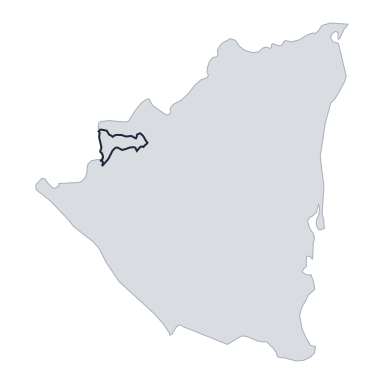 where Madriz sits in Nicaragua
{"feature_id": "NIC-665", "entity_name": "Madriz", "entity_type": "Department", "adm_level": 1, "iso_a3": "NIC", "parent_name": "Nicaragua", "parent_adm1": "", "projection": "robinson", "projection_center": [-86.499, 13.43], "detail": "fine", "context": "in_parent", "style": "outline", "palette": "slate", "viewbox_px": 384, "rotation_deg": 0, "n_neighbors": 0, "source": "natural_earth", "source_scale": "10m", "svg_char_len": 3289}
<svg xmlns="http://www.w3.org/2000/svg" viewBox="0 0 384 384"><path d="M348.1,24.2L346.2,27.1L344.1,29.0L339.7,38.5L338.2,39.3L337.9,32.3L335.2,31.4L332.2,33.9L330.5,37.5L333.2,42.2L335.5,42.2L338.4,43.5L346.2,75.9L344.6,81.6L339.8,90.6L335.3,98.3L330.8,103.0L325.2,123.4L320.2,156.5L323.9,186.3L322.1,213.8L323.8,220.3L324.3,228.4L320.5,229.8L318.4,229.6L316.2,224.6L316.4,220.2L318.7,215.1L319.6,208.2L318.5,204.5L316.3,212.5L312.4,216.0L309.9,217.2L307.4,221.2L310.0,228.8L313.5,234.3L314.6,238.2L313.3,242.9L312.6,259.0L311.4,258.6L310.2,256.4L306.6,256.3L306.2,262.7L306.5,266.3L303.4,269.1L302.3,271.9L304.8,273.9L307.6,275.1L311.0,274.8L313.8,282.8L314.7,289.3L308.2,295.2L306.0,300.2L302.4,306.2L300.3,312.1L299.7,316.3L302.3,329.7L306.8,339.2L310.5,345.3L315.5,346.6L314.4,352.9L310.6,357.0L303.8,360.3L296.3,361.0L284.0,357.8L279.0,357.4L277.0,355.7L276.4,352.6L272.9,347.9L266.4,341.6L262.7,342.0L256.7,340.7L246.6,336.4L241.9,335.9L235.2,339.6L227.5,344.4L208.7,336.9L195.6,331.6L183.7,326.9L180.6,325.0L178.0,325.4L175.7,327.9L173.2,332.3L172.4,333.6L171.0,334.8L169.5,335.1L169.4,333.0L163.6,324.3L154.4,313.8L119.1,281.6L106.2,262.4L99.2,248.6L92.6,241.3L73.6,226.6L69.2,220.7L50.4,201.0L36.0,189.5L35.9,184.6L41.8,178.4L44.7,178.7L47.8,183.1L52.9,188.1L55.3,188.1L58.8,185.8L58.9,183.5L78.2,182.5L81.7,181.2L85.2,177.6L86.9,172.6L87.2,167.7L88.0,164.2L91.1,160.8L96.7,159.7L101.1,159.4L102.4,157.1L101.1,149.6L98.7,131.6L98.2,126.6L99.0,122.8L100.8,121.5L109.3,120.6L125.5,122.1L128.6,121.0L135.1,110.7L141.1,103.2L145.4,99.8L148.8,98.8L152.7,105.5L166.4,115.1L168.7,114.5L170.0,113.9L170.4,112.6L170.2,108.2L173.6,104.1L180.7,100.5L187.8,94.2L194.9,85.1L201.1,79.7L206.4,78.1L208.4,75.6L207.1,72.2L207.5,67.4L209.6,61.2L212.6,57.6L216.7,56.7L218.2,54.7L217.4,51.8L218.2,48.5L221.8,43.3L230.4,38.7L235.3,40.3L239.4,46.3L245.2,50.5L252.7,52.7L258.6,51.9L262.7,48.1L266.4,46.9L269.7,48.4L271.5,47.6L271.7,44.4L273.4,43.6L276.6,45.3L279.5,45.8L282.0,45.0L283.0,43.4L283.5,41.8L285.4,40.6L291.8,41.8L299.1,39.9L307.1,35.0L312.5,32.9L315.1,33.5L318.3,31.0L321.9,25.5L330.3,23.0L348.1,24.2Z" fill="#d9dde1" stroke="#a8b0b8" stroke-width="1"/><path d="M100.8,160.6L101.3,160.2L102.3,159.3L102.8,158.2L103.0,157.0L102.6,154.7L102.4,154.3L101.9,153.3L101.5,152.8L101.0,152.7L100.6,152.4L100.3,151.6L100.4,150.5L101.3,148.3L101.4,147.1L99.2,137.6L99.2,136.3L99.6,133.7L99.5,132.5L99.3,132.0L98.7,131.4L99.2,131.0L99.8,130.2L100.0,129.9L100.3,129.6L101.8,129.7L106.7,130.7L108.1,132.9L108.4,133.6L109.0,134.4L109.7,135.0L110.9,135.4L111.7,136.0L112.6,136.8L113.7,136.2L114.3,135.5L115.9,135.0L116.6,134.9L121.6,135.0L125.4,136.4L127.7,136.4L130.5,136.0L131.4,136.1L132.4,136.4L133.8,137.4L135.9,138.4L136.5,137.5L136.9,135.3L137.1,134.8L137.3,134.4L138.9,133.8L140.2,133.3L142.6,135.4L143.2,136.1L143.8,137.0L145.4,140.0L147.5,142.8L146.8,143.7L144.1,146.1L143.5,147.0L142.6,146.6L141.6,146.6L140.5,146.8L139.4,147.9L136.9,151.0L136.3,149.9L135.6,148.2L135.3,147.7L134.0,147.2L130.2,147.4L124.9,149.3L121.9,149.9L119.0,148.3L117.9,147.7L117.2,147.5L115.4,147.8L112.6,150.5L109.8,156.0L109.2,157.4L107.9,159.5L102.1,166.0L102.7,163.8L102.8,163.6L102.9,163.1L102.9,162.7L102.8,162.1L102.6,161.4L102.2,161.1L100.9,160.8L100.8,160.6Z" fill="none" stroke="#1e293b" stroke-width="2"/></svg>